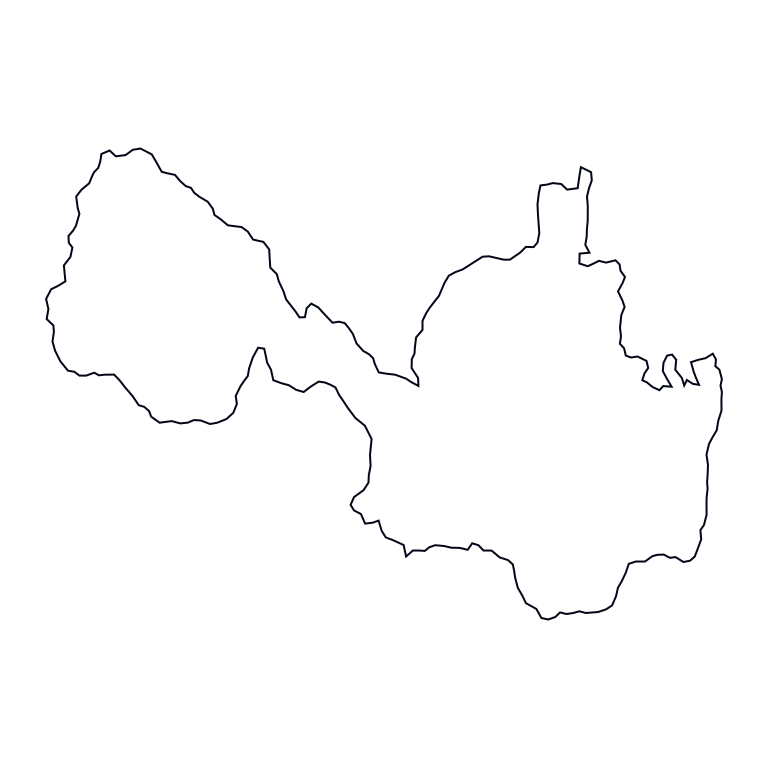 outline of Moiporá, Goiás, Brazil
{"feature_id": "56859067B10398357530750", "entity_name": "Moiporá", "entity_type": "district", "adm_level": 2, "iso_a3": "BRA", "parent_name": "Brazil", "parent_adm1": "Goiás", "projection": "natural_earth1", "projection_center": [-50.773, -16.509], "detail": "fine", "context": "isolated", "style": "outline", "palette": "ink", "viewbox_px": 768, "rotation_deg": 0, "n_neighbors": 0, "source": "geoboundaries", "source_scale": "gbopen_adm2", "svg_char_len": 4006}
<svg xmlns="http://www.w3.org/2000/svg" viewBox="0 0 768 768"><path d="M721.9,379.2L719.4,369.7L715.3,366.1L716.0,359.5L712.8,353.7L705.5,358.2L698.3,359.8L691.0,362.2L693.7,371.8L696.0,377.9L699.0,384.8L692.9,383.9L686.9,380.0L684.2,385.5L681.9,378.0L675.3,369.7L676.2,359.8L672.1,354.6L667.1,355.6L663.5,362.8L662.8,371.1L667.4,379.6L671.6,386.7L663.2,386.1L659.4,390.2L652.4,386.9L647.1,382.5L642.3,380.2L644.5,373.3L648.2,368.0L646.5,360.9L637.5,356.5L631.1,357.5L625.8,355.6L624.1,348.3L619.9,343.8L621.0,336.3L620.0,327.9L621.3,315.1L624.6,306.9L622.5,300.7L618.0,291.4L622.5,283.2L625.0,277.0L620.5,270.7L619.6,264.5L615.5,260.3L606.0,262.6L598.9,260.8L594.1,263.3L587.7,266.2L579.4,263.5L579.6,253.6L589.5,252.7L585.3,244.8L586.7,236.6L586.9,229.4L587.7,221.1L587.8,206.6L587.0,196.5L589.1,187.9L591.8,180.4L591.1,172.2L580.9,167.2L579.3,176.7L577.7,188.2L567.1,189.6L561.2,184.0L552.8,183.1L547.0,184.6L540.5,185.4L538.9,192.8L537.5,204.3L538.0,215.2L539.3,233.3L537.5,242.5L533.6,247.1L525.9,246.9L520.2,252.6L509.8,259.7L503.9,259.7L489.0,256.3L482.6,256.7L462.5,269.5L455.4,272.1L448.8,275.7L444.5,282.9L439.0,295.8L433.6,302.7L430.0,307.3L426.4,312.8L422.5,320.8L422.5,329.9L416.1,337.4L414.9,347.3L414.5,353.6L411.8,359.2L411.6,368.0L418.1,378.0L418.4,385.9L411.6,382.3L406.0,378.6L395.1,374.7L386.5,373.7L378.8,372.4L374.9,364.2L373.1,358.2L369.1,354.3L363.3,351.0L356.5,343.4L352.9,334.0L349.0,328.3L344.7,323.1L339.0,321.7L332.5,322.7L326.9,316.8L322.2,311.8L318.5,307.6L311.3,303.6L306.7,308.2L304.9,317.2L299.5,317.4L295.3,311.2L291.0,305.7L286.1,299.4L283.5,291.4L278.8,281.3L276.8,274.1L270.3,267.7L269.8,260.6L269.2,249.4L263.4,241.9L253.1,239.6L247.8,231.6L241.5,227.0L236.0,226.4L227.8,225.3L220.6,219.2L214.5,215.0L212.8,208.7L207.8,201.8L199.4,196.8L194.2,192.8L191.0,187.9L185.6,186.0L180.1,181.0L175.0,174.9L167.1,173.2L161.7,171.8L156.9,163.2L151.8,154.4L140.4,148.5L132.8,149.8L125.5,155.1L115.8,156.3L109.6,150.5L101.4,154.0L100.3,161.3L98.3,167.8L93.9,172.4L91.4,177.8L89.2,183.3L81.4,189.8L76.2,196.5L77.7,208.0L79.4,213.8L76.0,225.7L73.0,230.7L68.5,236.0L68.8,242.8L72.4,247.5L70.4,257.0L63.9,265.4L64.6,273.1L65.4,281.3L58.7,285.5L51.1,289.3L46.1,299.0L48.4,309.0L46.7,319.1L53.4,325.4L53.9,331.9L52.5,341.5L55.1,350.8L60.5,361.5L68.0,370.7L74.4,371.8L79.4,375.6L86.2,375.6L94.3,372.7L98.9,375.3L104.6,374.7L114.1,374.6L119.6,380.3L125.5,387.9L129.2,392.1L133.0,396.7L138.7,405.2L144.3,406.9L149.1,411.1L151.2,416.7L159.6,422.7L171.7,421.1L180.3,423.4L188.0,422.6L193.8,420.1L200.5,420.4L210.0,424.0L217.3,422.7L226.5,419.0L233.3,412.8L236.9,403.9L235.7,396.0L240.5,386.2L244.1,380.9L247.8,376.0L249.1,368.4L252.8,357.5L258.1,347.7L264.2,348.7L265.6,355.0L267.1,362.5L271.0,369.7L273.3,380.2L281.3,383.2L288.8,385.2L296.1,389.8L303.7,392.0L311.3,386.2L318.7,381.6L324.9,382.5L330.6,384.8L335.5,387.5L339.2,395.1L343.3,401.0L348.1,408.3L355.4,418.0L364.9,425.7L371.6,439.0L370.8,447.0L370.0,454.9L370.6,465.8L368.8,475.3L368.5,482.6L363.6,490.1L354.0,497.1L350.6,504.9L354.0,510.4L361.0,514.1L365.1,523.6L372.7,522.7L378.6,520.6L381.7,530.9L385.8,537.4L392.9,540.1L403.6,545.0L406.1,556.5L412.9,550.5L418.3,550.5L424.8,550.9L429.2,547.3L435.1,545.2L444.0,546.0L451.3,547.7L459.7,547.9L467.7,549.8L472.2,543.3L478.4,545.2L483.5,550.5L491.6,550.6L499.7,557.4L508.0,560.1L512.8,564.4L514.1,570.6L515.1,577.5L517.8,587.8L522.5,596.0L525.9,603.1L536.4,609.0L541.4,618.0L548.2,619.5L555.3,617.0L560.1,612.4L566.2,614.0L572.8,613.1L579.4,611.3L585.8,613.0L598.1,612.0L606.0,609.4L612.1,605.4L616.0,596.3L618.0,587.6L621.5,581.7L625.7,572.9L628.8,563.8L636.0,561.5L645.0,561.5L652.3,556.2L657.4,554.8L663.8,554.6L669.9,557.8L675.6,557.1L683.4,562.0L690.1,560.7L694.8,556.5L697.9,548.3L701.2,539.3L700.4,530.1L704.0,524.9L706.6,514.7L706.5,505.5L706.6,497.6L707.6,488.7L707.1,482.2L707.6,475.0L708.0,465.2L706.5,454.6L709.0,444.0L712.2,437.9L716.7,430.3L718.3,420.7L721.5,410.6L721.4,399.3L721.9,392.0L720.5,385.6L721.9,379.2Z" fill="none" stroke="#020617" stroke-width="2"/></svg>